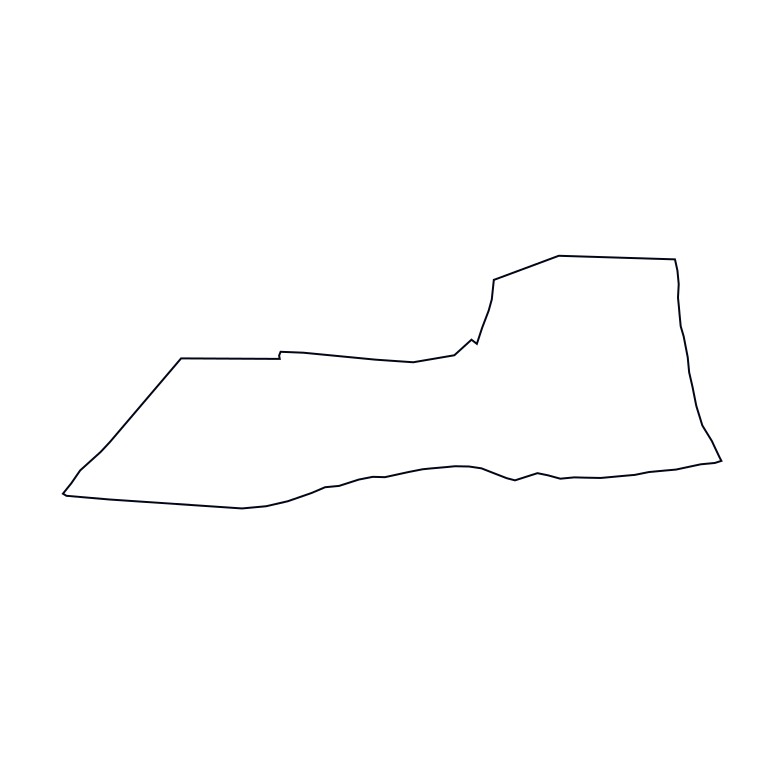 the district of Ondo East, Ondo, Nigeria, rotated 85°
{"feature_id": "59680162B42065071303183", "entity_name": "Ondo East", "entity_type": "district", "adm_level": 2, "iso_a3": "NGA", "parent_name": "Nigeria", "parent_adm1": "Ondo", "projection": "equal_earth", "projection_center": [4.956, 7.049], "detail": "fine", "context": "isolated", "style": "outline", "palette": "ink", "viewbox_px": 768, "rotation_deg": 85, "n_neighbors": 0, "source": "geoboundaries", "source_scale": "gbopen_adm2", "svg_char_len": 1162}
<svg xmlns="http://www.w3.org/2000/svg" viewBox="0 0 768 768"><g transform="rotate(85 384 384)"><path d="M340.8,583.9L417.9,662.1L426.9,672.1L437.5,686.1L443.6,694.2L455.7,704.2L465.3,713.4L467.7,710.1L475.1,667.7L495.6,536.3L495.5,512.1L492.4,490.0L486.3,465.8L481.7,451.7L481.6,437.6L477.0,417.4L475.5,403.3L476.9,391.2L473.8,367.0L472.3,352.9L472.2,345.0L472.2,338.8L472.2,328.8L472.1,320.6L473.6,306.5L476.5,294.3L482.5,282.2L488.5,270.0L491.4,261.9L486.2,238.9L489.2,228.8L493.7,216.6L493.6,202.5L494.7,193.0L496.5,176.3L496.4,154.1L496.4,142.0L494.8,127.8L494.7,111.7L494.7,100.6L491.6,75.4L491.5,61.3L490.0,54.6L486.1,56.2L474.5,60.5L469.5,62.3L456.3,68.9L453.0,70.5L433.5,74.7L431.3,75.0L413.9,76.9L398.9,79.0L383.9,79.1L362.8,81.3L352.3,83.4L340.2,83.5L332.7,83.5L323.7,83.6L310.2,81.7L296.6,81.8L289.6,82.7L285.8,83.2L285.2,83.3L281.7,112.8L281.4,115.2L279.6,130.5L271.5,198.7L272.6,202.7L289.7,264.9L289.8,265.5L309.4,269.3L310.3,269.7L320.0,273.3L323.9,275.2L336.5,281.3L352.1,288.0L347.5,293.0L361.5,311.4L364.9,353.0L359.0,390.4L345.8,461.6L342.9,484.2L346.5,486.0L349.9,485.7L340.8,583.9Z" fill="none" stroke="#020617" stroke-width="2"/></g></svg>